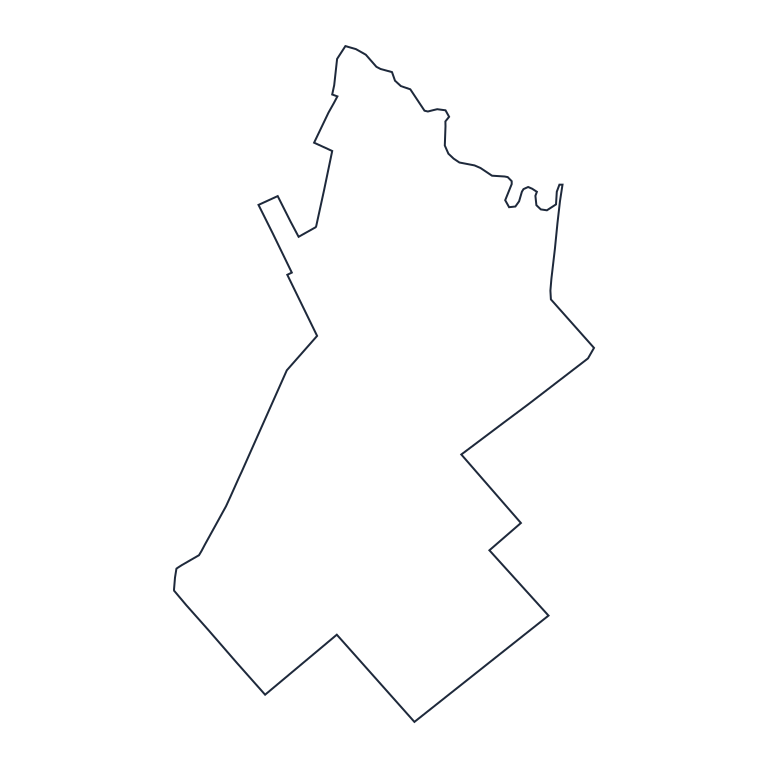 Plosca, Teleorman, Romania
{"feature_id": "2599482B28762716493728", "entity_name": "Plosca", "entity_type": "district", "adm_level": 2, "iso_a3": "ROU", "parent_name": "Romania", "parent_adm1": "Teleorman", "projection": "equal_earth", "projection_center": [25.135, 43.998], "detail": "fine", "context": "isolated", "style": "outline", "palette": "slate", "viewbox_px": 768, "rotation_deg": 0, "n_neighbors": 0, "source": "geoboundaries", "source_scale": "gbopen_adm2", "svg_char_len": 1421}
<svg xmlns="http://www.w3.org/2000/svg" viewBox="0 0 768 768"><path d="M548.3,615.4L489.4,550.3L520.9,523.0L461.3,454.5L503.6,422.7L528.4,404.2L558.2,381.3L588.0,358.4L594.0,347.9L550.9,299.4L550.4,290.6L551.4,278.8L554.9,248.9L557.5,222.8L560.0,201.0L562.5,184.7L559.4,184.7L556.8,191.7L556.0,204.4L546.9,210.3L540.8,209.4L536.4,205.2L535.9,200.5L535.4,195.8L536.9,191.8L532.1,188.7L528.1,187.0L523.5,189.1L521.9,191.7L519.1,201.3L515.4,206.5L509.1,207.2L505.2,200.2L511.7,184.1L511.7,181.2L507.7,177.1L504.6,176.5L492.0,175.7L480.5,168.0L474.5,165.4L459.4,162.5L453.6,158.6L448.4,153.7L444.8,145.5L445.5,126.3L445.4,121.4L449.1,116.8L445.9,111.0L445.5,110.3L437.2,109.2L432.6,110.3L427.9,111.5L424.5,110.7L412.5,92.6L410.3,89.3L400.9,86.1L395.0,80.7L392.0,72.1L380.6,69.0L376.4,66.8L365.8,54.7L355.9,49.1L345.4,46.1L337.1,58.9L334.2,85.2L332.2,94.5L337.4,96.4L333.9,103.0L328.5,112.6L314.1,142.7L332.2,151.0L324.1,190.0L316.2,226.2L315.7,227.2L298.6,236.8L290.5,221.5L277.7,196.1L258.5,204.9L272.7,233.3L291.8,272.6L287.3,274.8L317.1,335.9L286.8,370.3L241.7,471.7L240.1,475.1L238.5,478.6L230.5,496.5L226.0,506.3L222.9,511.9L218.3,520.3L205.0,544.4L201.5,551.0L199.0,555.2L190.5,560.1L182.0,565.0L178.4,567.3L176.5,568.6L176.4,568.8L175.0,577.6L174.0,589.7L174.1,590.7L186.3,605.2L208.6,630.3L236.7,662.7L265.1,694.7L336.8,634.7L414.4,721.9L548.5,615.6L548.3,615.4Z" fill="none" stroke="#1e293b" stroke-width="2"/></svg>